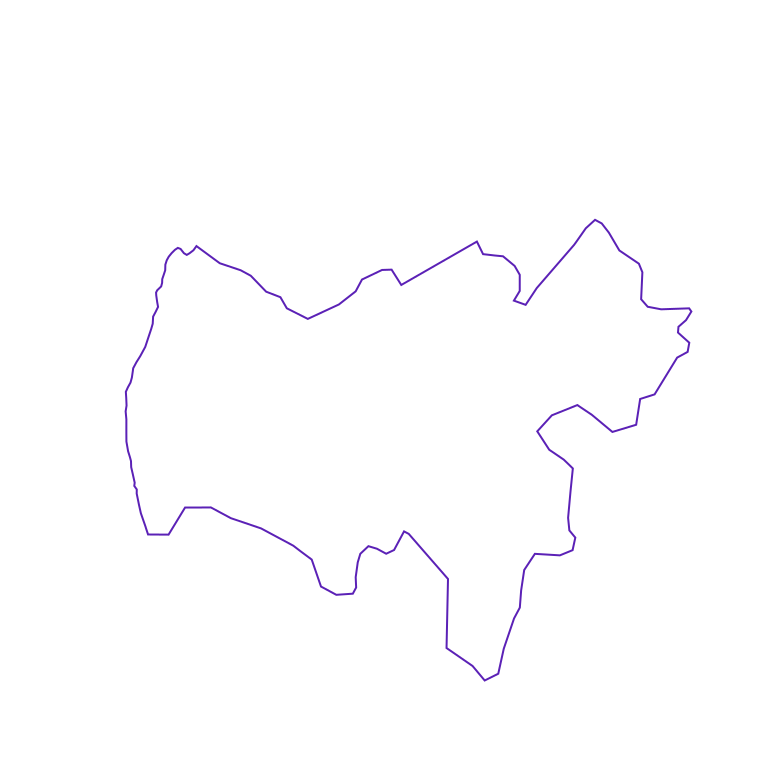 Ashotck, Shirak, Armenia (Equal Earth projection), rotated 299°
{"feature_id": "60910142B98971197356492", "entity_name": "Ashotck", "entity_type": "district", "adm_level": 2, "iso_a3": "ARM", "parent_name": "Armenia", "parent_adm1": "Shirak", "projection": "equal_earth", "projection_center": [43.919, 41.033], "detail": "fine", "context": "isolated", "style": "outline", "palette": "violet", "viewbox_px": 768, "rotation_deg": 299, "n_neighbors": 0, "source": "geoboundaries", "source_scale": "gbopen_adm2", "svg_char_len": 2002}
<svg xmlns="http://www.w3.org/2000/svg" viewBox="0 0 768 768"><g transform="rotate(299 384 384)"><path d="M629.9,489.0L618.0,485.0L601.9,483.3L597.8,482.8L542.0,471.1L521.9,469.5L519.9,457.2L531.2,457.6L545.3,449.8L550.6,441.0L553.4,426.2L550.1,418.6L547.6,412.5L545.6,407.7L553.6,396.2L479.0,351.1L487.7,335.2L482.8,327.0L464.7,314.1L451.3,314.3L431.7,306.0L404.0,285.8L403.1,262.3L409.7,251.3L407.6,236.2L414.1,215.0L414.0,203.5L410.0,181.8L413.7,153.1L408.6,152.5L404.0,150.5L401.3,148.9L401.4,145.6L403.5,140.6L403.1,137.7L400.0,136.1L395.5,134.8L391.0,134.0L386.9,134.0L382.4,134.9L377.4,137.5L372.7,138.4L368.2,139.2L364.9,140.9L361.3,141.8L356.0,140.2L353.5,140.3L351.0,141.9L345.7,145.9L341.9,149.0L336.3,149.3L331.0,149.4L324.6,152.5L319.3,153.7L310.2,155.4L300.7,157.2L290.1,157.3L283.1,156.9L276.2,157.0L273.4,158.1L267.3,160.4L262.3,161.6L257.0,161.6L252.0,162.0L246.7,165.4L240.3,169.3L234.8,171.3L228.2,175.8L216.8,182.1L208.8,186.6L201.1,192.8L196.9,197.2L193.9,200.1L188.7,203.2L183.7,207.7L176.8,213.8L173.8,215.0L171.9,218.9L168.3,220.8L159.4,228.4L153.1,234.0L143.5,244.7L142.7,245.5L140.3,248.1L138.0,250.6L147.8,268.6L179.5,269.9L184.2,278.4L192.1,292.4L192.4,315.1L198.1,346.5L198.6,383.1L197.2,392.5L195.4,405.9L176.3,427.1L176.5,444.5L185.5,458.4L192.5,458.3L201.3,452.9L215.3,447.5L224.0,445.6L234.6,449.0L236.5,457.7L236.6,468.2L243.7,473.3L264.8,473.0L264.9,478.3L244.5,534.5L183.4,566.7L180.3,598.2L173.5,615.8L186.0,624.4L210.5,617.1L242.0,611.4L254.3,611.2L270.0,604.0L289.3,596.8L308.6,598.3L319.4,620.9L330.1,629.5L342.4,625.8L345.8,617.1L356.2,609.9L380.7,599.1L401.7,590.1L405.0,577.9L406.6,560.4L416.9,541.0L438.0,546.0L459.3,563.3L457.8,580.8L452.8,607.0L470.6,624.3L495.1,615.3L506.1,625.7L549.2,627.6L559.3,634.0L568.1,631.0L571.5,616.2L576.8,613.8L586.3,617.2L596.4,617.7L598.1,614.2L583.7,590.2L579.4,577.2L582.8,567.8L607.0,555.8L612.8,548.6L614.9,525.1L625.4,507.3L628.7,499.6L630.0,496.6L629.9,489.0Z" fill="none" stroke="#5b21b6" stroke-width="2"/></g></svg>